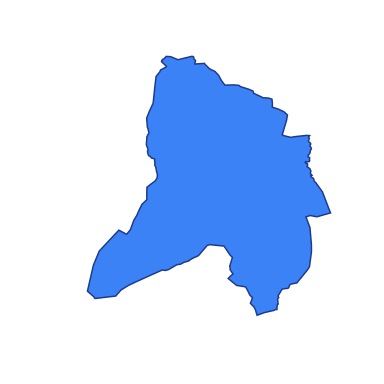 Takai, Kano, Nigeria, rotated 163°
{"feature_id": "59680162B89970230221745", "entity_name": "Takai", "entity_type": "district", "adm_level": 2, "iso_a3": "NGA", "parent_name": "Nigeria", "parent_adm1": "Kano", "projection": "mercator", "projection_center": [9.174, 11.48], "detail": "fine", "context": "isolated", "style": "filled", "palette": "blue", "viewbox_px": 384, "rotation_deg": 163, "n_neighbors": 0, "source": "geoboundaries", "source_scale": "gbopen_adm2", "svg_char_len": 3285}
<svg xmlns="http://www.w3.org/2000/svg" viewBox="0 0 384 384"><g transform="rotate(163 192 192)"><path d="M321.0,127.7L316.7,120.9L315.9,118.5L295.4,114.8L288.6,119.0L280.3,121.2L272.4,122.4L254.6,124.7L243.4,126.1L240.1,124.7L237.1,124.7L227.7,126.9L224.0,126.3L220.3,127.1L215.4,127.0L213.1,127.9L209.0,128.7L205.7,129.0L204.0,129.5L193.1,136.5L190.2,136.4L177.2,130.9L175.6,125.8L174.3,121.2L172.5,117.6L177.7,109.9L177.6,107.9L178.3,106.9L176.8,101.6L179.9,100.3L182.7,98.7L176.6,89.6L168.5,85.6L167.8,82.7L166.9,77.0L166.7,76.4L165.1,73.1L168.7,68.5L166.5,64.2L165.8,61.5L165.8,55.1L158.3,55.5L154.8,55.3L150.8,55.0L148.2,54.8L146.5,55.2L145.1,54.8L144.6,56.4L144.0,57.8L143.4,59.3L142.3,59.7L142.3,60.8L141.8,62.4L141.5,64.7L139.9,65.7L140.2,67.4L134.3,72.7L132.2,72.6L128.7,71.9L128.0,72.0L127.4,72.3L127.0,72.8L126.7,73.4L126.2,74.1L125.5,74.6L124.1,75.0L118.3,74.4L104.4,83.7L101.5,86.2L95.2,100.0L93.2,106.7L89.6,123.5L90.3,134.9L85.9,135.0L79.9,131.8L65.6,131.5L66.0,135.7L66.0,135.8L67.2,153.8L70.9,164.8L71.6,165.8L71.9,167.2L71.8,168.8L72.2,170.1L72.8,170.5L73.9,172.1L73.8,172.9L73.2,173.0L72.4,172.9L72.7,174.0L73.4,174.7L73.2,175.8L72.4,176.7L72.2,177.8L72.4,179.4L73.6,181.6L74.5,182.2L74.5,182.8L74.0,183.4L73.6,183.9L73.3,184.9L73.3,185.2L73.9,185.6L74.6,186.1L75.0,186.7L75.1,187.3L74.8,187.6L74.5,187.7L73.9,187.6L73.2,187.1L72.2,187.1L70.9,186.8L70.7,187.1L70.4,187.4L70.3,187.7L70.2,188.4L70.1,189.2L69.8,189.7L69.5,190.0L69.5,190.7L70.0,191.0L70.6,191.4L70.6,192.0L70.4,192.8L70.2,193.0L69.2,193.7L68.2,194.4L67.8,194.7L67.1,196.3L66.4,197.3L65.8,197.8L65.4,198.2L65.1,198.6L65.3,200.1L65.4,200.8L65.6,201.3L65.7,201.8L65.5,202.1L65.1,202.7L64.7,202.8L64.4,203.3L64.4,203.9L64.7,204.6L65.3,205.2L65.7,206.0L65.5,207.1L64.9,208.1L64.1,208.9L64.1,209.2L64.5,209.8L64.5,210.2L64.2,210.8L63.4,211.2L63.0,211.5L65.7,212.6L76.6,214.7L81.6,215.4L87.5,218.9L89.0,220.3L80.7,232.8L78.2,237.7L80.5,241.7L85.3,246.1L90.4,249.6L89.3,252.9L88.4,257.4L91.4,259.5L96.4,261.3L104.2,268.4L104.1,270.6L107.4,273.5L114.7,278.5L116.0,280.3L120.7,282.2L129.3,284.6L131.3,290.1L132.4,295.6L134.7,300.5L139.2,304.7L142.1,310.1L142.5,311.4L151.8,313.5L151.3,315.1L150.4,315.9L150.3,317.1L151.1,318.1L151.2,319.2L150.9,320.3L151.3,321.2L152.4,321.8L166.7,322.6L172.9,327.7L177.0,329.2L180.1,327.5L181.4,327.4L181.6,327.1L182.5,326.5L182.2,325.9L183.0,325.4L179.7,319.7L180.5,319.0L186.3,317.9L187.9,316.1L192.5,313.1L196.3,304.6L203.2,288.3L209.2,281.6L213.8,275.9L215.7,267.1L215.6,265.1L215.9,261.1L217.3,259.8L219.2,257.7L219.7,255.8L220.8,253.4L221.8,250.6L221.7,247.5L221.5,245.2L222.5,244.4L222.9,242.5L222.9,239.5L221.6,238.3L220.9,236.4L218.3,234.7L218.1,234.3L218.3,233.5L218.8,232.1L218.9,231.6L218.8,230.8L219.7,228.9L219.4,225.8L219.9,222.4L219.9,218.9L219.9,218.7L220.0,218.7L220.1,218.4L220.2,218.2L220.3,218.1L220.3,217.9L220.4,217.7L220.5,217.6L220.5,217.4L220.6,217.2L220.7,216.9L220.8,216.8L220.8,216.7L220.9,216.4L221.0,216.2L221.0,215.9L223.7,213.5L225.7,212.7L228.9,211.6L233.7,209.7L235.5,204.4L237.4,197.9L243.5,194.8L247.9,190.1L251.7,185.7L255.8,182.1L262.0,173.9L266.1,171.2L266.3,171.1L266.5,170.9L267.1,170.9L268.9,172.7L273.1,176.9L276.8,174.8L297.9,162.7L307.7,150.8L315.2,137.8L321.0,127.7Z" fill="#3b82f6" stroke="#1e3a8a" stroke-width="1.5"/></g></svg>